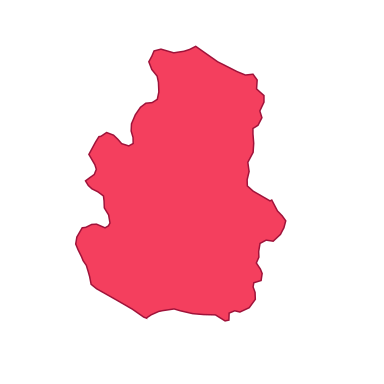 Ljungby, Kronoberg, Sweden (Mercator projection), rotated 120°
{"feature_id": "70781695B43314679953791", "entity_name": "Ljungby", "entity_type": "district", "adm_level": 2, "iso_a3": "SWE", "parent_name": "Sweden", "parent_adm1": "Kronoberg", "projection": "mercator", "projection_center": [13.859, 56.853], "detail": "fine", "context": "isolated", "style": "filled", "palette": "rose", "viewbox_px": 384, "rotation_deg": 120, "n_neighbors": 0, "source": "geoboundaries", "source_scale": "gbopen_adm2", "svg_char_len": 1598}
<svg xmlns="http://www.w3.org/2000/svg" viewBox="0 0 384 384"><g transform="rotate(120 192 192)"><path d="M64.0,190.8L62.4,191.6L59.5,198.1L64.0,204.2L65.2,213.1L66.4,234.9L64.0,261.6L69.7,265.3L74.1,269.3L80.6,277.4L83.8,290.3L88.8,295.4L94.2,294.7L100.8,294.5L106.0,288.1L109.1,280.1L113.8,275.9L122.0,270.7L129.1,268.4L134.5,271.2L138.2,276.4L144.4,279.0L153.3,279.7L163.2,278.5L169.6,275.2L174.3,270.3L179.4,267.2L183.7,269.8L185.3,277.1L183.4,282.7L182.0,288.4L183.2,295.7L189.3,298.7L190.6,300.3L197.0,300.5L211.0,300.1L216.9,289.8L220.2,286.2L225.7,285.4L230.5,287.6L235.6,289.8L238.2,285.1L239.3,280.3L238.9,273.7L239.7,266.7L243.7,263.7L249.6,260.0L253.6,252.7L259.9,247.5L263.2,247.5L266.5,249.4L267.6,258.6L270.2,262.6L275.7,266.3L277.9,269.2L288.6,269.2L295.2,266.7L298.9,261.9L303.3,255.3L305.9,252.0L308.4,246.8L312.9,242.0L316.5,238.3L322.4,233.2L323.5,226.2L323.5,225.3L323.3,205.5L323.3,185.0L324.5,171.2L324.0,168.4L323.9,168.5L318.7,165.9L312.1,161.1L309.5,158.2L302.2,149.0L300.7,142.7L297.0,130.6L292.3,120.6L286.7,110.3L287.1,98.9L284.5,96.0L278.3,99.3L273.5,95.6L272.0,90.5L263.6,84.6L253.3,83.5L247.4,87.2L243.7,91.6L239.7,93.1L234.1,87.9L227.5,90.5L224.6,94.2L221.3,100.8L215.0,101.5L210.2,104.5L202.5,107.4L196.6,103.7L194.0,97.1L184.5,94.2L180.5,94.4L177.1,94.5L170.1,96.4L167.6,101.9L165.7,108.5L159.1,118.9L160.7,120.0L160.7,139.4L159.1,147.1L153.8,150.4L145.7,152.8L138.4,158.5L127.1,158.9L119.0,162.9L111.3,168.2L106.5,171.0L101.2,168.2L92.7,168.6L87.9,173.8L78.2,174.6L72.5,177.9L70.5,187.6L64.0,190.8Z" fill="#f43f5e" stroke="#9f1239" stroke-width="1.5"/></g></svg>